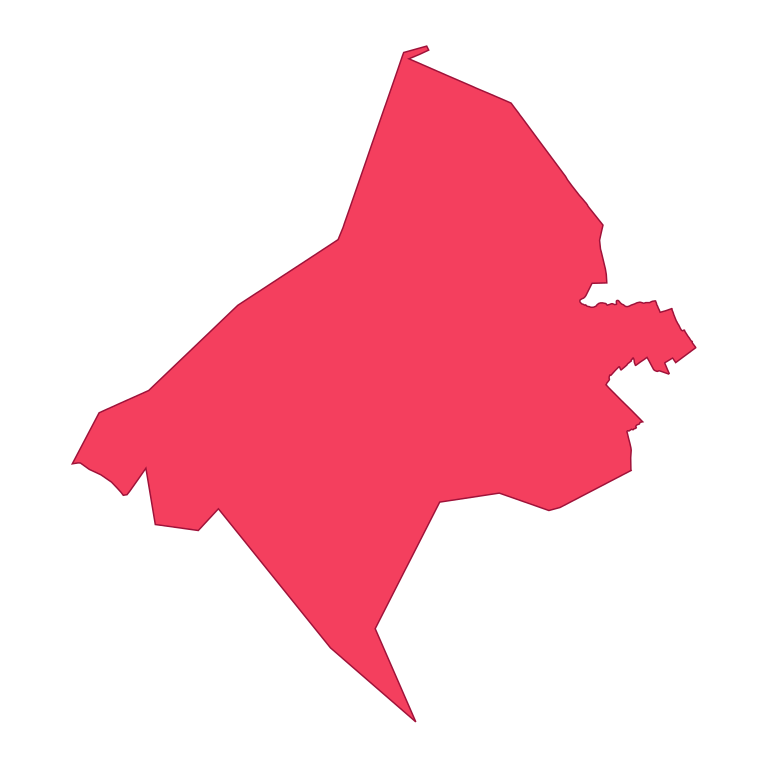 Santa Bárbara, Chihuahua, Mexico (Mercator projection)
{"feature_id": "50627088B80786091806362", "entity_name": "Santa Bárbara", "entity_type": "district", "adm_level": 2, "iso_a3": "MEX", "parent_name": "Mexico", "parent_adm1": "Chihuahua", "projection": "mercator", "projection_center": [-105.704, 26.798], "detail": "fine", "context": "isolated", "style": "filled", "palette": "rose", "viewbox_px": 768, "rotation_deg": 0, "n_neighbors": 0, "source": "geoboundaries", "source_scale": "gbopen_adm2", "svg_char_len": 4729}
<svg xmlns="http://www.w3.org/2000/svg" viewBox="0 0 768 768"><path d="M417.0,48.8L403.7,52.5L402.4,56.0L397.5,70.4L391.5,87.7L385.4,105.3L385.0,106.3L372.8,141.5L372.5,142.3L366.0,161.3L357.5,185.8L349.6,208.6L344.3,223.7L343.7,225.6L343.1,227.4L338.1,239.6L312.4,256.5L282.9,275.8L258.0,292.1L256.4,293.1L255.8,293.5L255.2,293.9L237.8,305.3L234.0,308.9L212.7,329.3L148.7,390.5L120.3,403.2L107.0,409.2L99.1,412.8L74.4,459.8L72.3,463.8L78.1,462.9L80.4,463.0L89.3,469.4L100.9,474.8L111.5,482.1L117.3,488.2L121.1,492.4L123.3,495.3L125.5,494.9L127.0,494.7L129.7,491.3L138.6,478.7L145.9,468.2L155.3,524.5L198.3,530.5L218.4,508.8L330.5,647.9L415.8,721.9L375.2,628.7L405.0,570.1L407.8,564.7L439.7,502.1L499.3,493.1L548.9,510.5L560.0,507.5L606.6,483.2L631.2,470.4L630.9,469.6L630.7,457.8L631.2,450.2L630.9,447.8L629.9,443.4L628.5,438.0L627.6,434.2L627.2,432.6L627.0,432.2L626.9,431.8L627.2,431.2L627.5,430.8L628.1,430.7L628.5,430.8L628.8,431.0L629.1,430.9L629.5,430.7L629.9,430.3L630.6,429.9L631.4,429.3L632.1,429.4L632.8,429.7L633.1,429.7L633.6,429.4L633.8,428.9L634.1,428.7L634.5,428.6L635.3,428.5L636.0,428.1L636.3,427.5L636.1,427.1L635.8,426.9L635.7,426.7L635.8,426.3L636.4,425.3L636.7,425.1L637.2,424.8L637.9,424.5L638.7,424.3L639.3,424.0L639.6,423.6L639.8,422.8L640.1,422.4L640.5,422.2L641.2,422.1L642.7,421.8L631.4,410.3L621.0,400.1L608.4,387.4L608.0,386.9L606.0,384.8L606.5,384.2L606.7,383.3L607.3,382.5L607.9,381.8L609.1,380.2L609.4,379.6L609.4,378.9L609.2,378.6L609.1,378.2L609.1,377.6L609.4,376.1L609.8,375.3L609.9,375.0L610.0,375.0L610.5,375.2L610.7,375.3L610.9,375.2L611.2,375.0L612.7,373.3L615.4,370.3L618.9,366.8L619.2,366.7L619.5,366.8L620.2,368.6L620.7,369.7L620.9,369.8L621.1,369.9L621.5,369.6L623.3,368.1L625.2,366.5L626.9,365.0L627.5,364.0L628.1,363.4L629.5,362.4L630.7,361.3L631.3,361.0L631.3,360.8L631.2,360.2L631.3,359.9L631.5,359.7L631.9,359.5L632.2,359.2L632.5,358.3L632.8,358.1L633.1,358.1L633.4,358.1L633.6,358.6L634.0,359.6L634.2,360.8L634.4,362.6L635.4,365.3L635.6,365.4L636.0,365.2L637.4,364.2L640.5,361.9L644.1,359.5L647.0,357.4L648.8,360.5L650.5,363.7L652.0,366.5L653.6,369.5L654.1,370.0L655.0,370.6L656.2,371.1L656.9,371.3L657.3,371.4L658.0,371.2L658.6,370.9L659.0,370.8L659.3,370.8L659.7,370.9L660.1,371.0L668.6,374.0L669.2,373.4L669.1,373.1L668.8,372.6L668.4,371.7L668.2,371.1L667.8,370.3L667.4,369.4L664.8,363.2L664.8,362.9L664.9,362.7L672.5,358.1L672.8,358.3L675.7,362.6L695.7,347.7L695.6,347.3L692.2,342.7L692.2,342.4L692.2,342.1L692.3,341.9L692.3,341.7L692.2,341.5L692.0,341.3L691.5,341.1L691.3,341.0L690.4,339.8L689.4,338.1L688.0,336.3L684.9,331.4L684.7,331.1L684.6,330.4L684.5,330.2L684.2,330.1L683.7,330.2L683.3,330.4L682.9,330.7L682.8,330.8L682.6,330.7L682.0,330.5L681.5,330.3L680.2,328.1L679.7,327.0L678.6,324.8L678.4,324.6L678.2,324.2L677.7,323.5L677.3,322.7L677.0,322.0L676.3,320.9L676.0,320.1L675.5,319.0L675.3,318.3L674.8,317.3L674.6,316.6L673.8,314.7L673.2,312.7L672.4,310.7L672.0,309.9L672.1,309.2L672.0,308.8L671.8,308.6L671.5,308.6L671.2,308.8L670.9,308.9L670.4,309.1L668.9,309.6L667.3,310.2L664.5,311.1L662.9,311.5L660.6,312.2L660.2,312.3L660.0,312.0L659.8,311.5L659.5,310.6L659.2,309.9L658.7,308.9L658.1,307.6L657.5,306.0L656.7,304.6L656.6,304.0L656.5,303.4L656.3,302.8L656.0,302.2L655.8,301.7L655.6,301.0L655.4,300.9L655.0,300.9L652.3,301.3L650.9,301.9L649.7,302.6L645.7,302.6L644.1,303.2L643.5,303.2L643.0,303.0L640.7,302.3L639.6,302.2L636.9,302.8L634.6,303.9L631.2,305.1L629.3,306.1L627.6,306.6L625.9,306.5L624.9,306.0L623.5,304.8L621.8,304.1L620.4,302.9L619.2,301.4L618.4,300.6L617.7,300.4L617.0,300.5L616.5,300.9L616.3,301.8L616.5,303.2L616.6,304.1L616.3,304.4L615.9,304.4L614.7,304.6L613.7,304.2L612.7,303.8L612.0,303.7L611.2,303.8L609.5,304.5L608.0,304.9L607.4,305.2L607.2,305.1L606.8,304.8L606.3,304.0L605.8,303.6L604.9,303.3L604.3,303.3L602.8,302.9L600.5,302.9L598.8,303.4L598.0,304.0L596.9,304.9L596.4,305.8L595.2,306.5L593.5,307.2L591.9,307.3L590.6,307.2L589.2,306.6L588.2,306.5L586.9,306.1L586.3,305.5L586.0,305.2L585.7,304.9L585.4,305.0L585.0,305.2L584.7,305.1L583.2,304.3L581.9,303.9L581.5,303.6L580.6,302.7L579.9,301.8L579.8,300.8L580.1,300.0L580.9,299.4L582.3,298.6L583.4,298.2L584.2,297.6L585.1,296.7L586.0,295.4L591.7,283.9L592.1,283.3L606.8,282.9L606.3,274.5L605.4,269.0L601.3,252.0L600.5,249.1L599.6,240.5L599.6,240.1L601.3,232.4L603.0,225.1L589.2,207.8L587.8,205.9L587.5,205.1L587.0,204.4L586.1,203.1L584.9,201.8L582.5,198.9L579.4,195.4L571.6,185.4L567.7,180.1L566.9,178.8L565.6,176.5L539.3,141.1L522.9,118.9L521.0,116.4L519.9,115.0L518.7,113.2L515.1,108.5L511.1,103.1L494.0,95.7L482.5,90.8L480.1,89.8L475.2,87.7L474.4,87.3L446.0,75.0L408.9,58.8L419.7,54.3L428.7,50.1L426.7,46.1L417.3,48.7L417.0,48.8Z" fill="#f43f5e" stroke="#9f1239" stroke-width="1.5"/></svg>